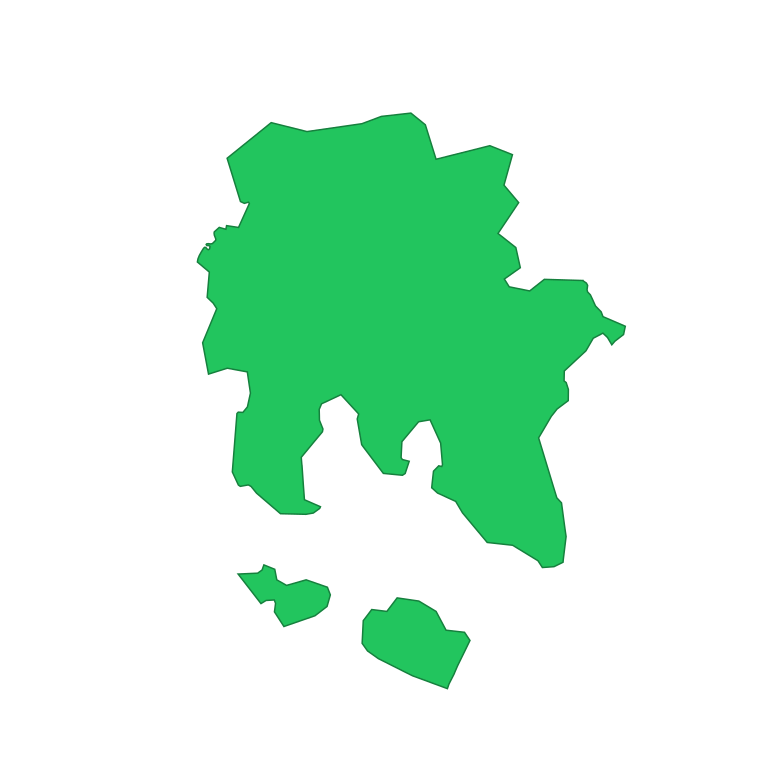 the district of Somerset, Maryland, United States of America, rotated 295°
{"feature_id": "52423323B97218068880690", "entity_name": "Somerset", "entity_type": "district", "adm_level": 2, "iso_a3": "USA", "parent_name": "United States of America", "parent_adm1": "Maryland", "projection": "robinson", "projection_center": [-75.835, 38.105], "detail": "fine", "context": "isolated", "style": "filled", "palette": "green", "viewbox_px": 768, "rotation_deg": 295, "n_neighbors": 0, "source": "geoboundaries", "source_scale": "gbopen_adm2", "svg_char_len": 2837}
<svg xmlns="http://www.w3.org/2000/svg" viewBox="0 0 768 768"><g transform="rotate(295 384 384)"><path d="M318.8,220.8L324.3,226.8L332.0,235.2L332.1,235.4L337.2,255.0L336.9,255.2L319.3,266.8L305.5,269.9L298.6,268.1L296.9,263.8L295.1,263.2L240.2,283.7L230.9,294.7L230.5,297.0L235.2,303.7L235.1,305.3L235.0,306.2L235.0,306.8L231.2,314.6L222.7,345.0L232.9,368.3L237.2,374.5L244.1,378.3L245.9,378.3L245.5,360.8L258.9,353.3L275.7,344.0L276.4,343.5L282.6,340.0L302.2,345.1L314.7,348.4L317.4,347.7L323.9,340.8L329.0,338.3L333.6,336.0L339.7,335.8L356.1,349.5L346.5,372.8L346.1,373.7L341.0,374.5L319.6,389.4L318.2,391.9L311.9,403.8L302.7,421.2L309.1,439.3L311.8,441.0L314.4,440.7L324.6,439.5L323.3,432.6L324.5,430.6L339.3,424.6L364.3,431.3L364.5,431.5L371.0,440.9L357.8,456.3L354.4,460.3L353.7,460.7L346.4,464.9L335.8,471.0L335.6,471.1L333.6,471.2L333.0,468.2L325.9,465.7L313.8,469.8L310.1,471.1L307.8,478.6L307.9,498.6L300.4,509.6L284.0,544.5L292.2,568.7L290.2,586.6L288.9,598.2L284.6,605.1L290.3,615.3L298.1,621.6L301.2,620.5L322.7,613.5L328.8,609.5L334.4,605.9L351.3,595.1L353.9,588.7L364.8,578.9L376.3,568.6L400.5,546.9L407.6,547.6L425.5,549.3L428.7,550.1L434.4,551.4L446.8,558.0L447.3,557.8L457.0,553.4L462.3,548.5L462.9,545.9L472.0,541.9L499.4,553.0L513.9,554.3L520.6,559.4L522.6,560.9L520.6,566.9L515.8,573.9L520.4,575.2L530.1,580.2L538.3,578.3L537.6,554.0L541.2,550.3L544.1,542.7L547.7,538.5L548.5,537.6L552.0,533.4L553.5,529.6L555.2,528.2L559.4,526.9L561.0,524.8L561.7,520.4L561.8,520.4L546.6,485.1L529.9,476.7L525.0,456.4L530.0,448.7L547.0,458.4L563.4,445.8L568.6,423.7L605.3,429.4L614.9,408.7L646.1,403.5L644.7,379.2L609.7,336.2L636.4,311.9L640.9,293.9L625.4,268.5L610.6,254.0L580.2,207.5L573.2,171.3L522.3,146.4L488.7,176.8L488.7,181.1L491.5,184.3L490.7,185.7L464.4,186.0L461.0,174.4L457.4,175.3L456.3,168.5L450.2,165.9L449.0,166.2L447.2,167.3L444.2,170.4L443.0,170.7L438.7,169.1L437.6,167.5L436.9,165.3L436.0,164.0L435.2,163.9L434.6,165.0L435.3,166.5L435.4,167.6L434.9,168.3L432.7,168.8L431.6,168.2L431.4,167.1L432.4,164.9L432.2,163.8L431.6,163.4L430.1,163.0L426.4,162.6L422.4,162.3L418.8,162.5L415.7,163.3L411.6,178.4L387.8,187.1L385.1,195.0L381.6,200.6L344.7,202.2L318.8,220.8ZM187.9,570.3L193.0,561.9L187.1,544.3L199.9,527.3L202.0,507.3L195.7,486.3L179.1,482.7L174.4,468.2L161.9,465.5L160.8,465.2L139.7,473.8L135.1,481.9L132.7,495.0L132.5,502.5L131.8,525.1L131.6,533.3L134.7,570.2L139.6,569.7L139.9,569.7L151.3,570.1L152.0,570.0L159.2,569.8L159.8,569.8L160.6,569.8L175.8,570.1L187.9,570.3ZM133.0,365.3L138.0,368.6L140.8,373.8L141.9,375.8L139.4,378.4L134.1,380.1L131.2,381.0L121.9,395.8L122.9,396.8L144.8,419.4L158.3,426.4L170.2,424.5L175.9,418.6L173.6,396.2L160.3,380.8L161.2,369.6L169.9,363.3L169.3,351.6L163.9,352.1L160.7,350.3L159.2,349.5L150.1,332.1L133.0,365.3Z" fill="#22c55e" stroke="#15803d" stroke-width="1.5"/></g></svg>